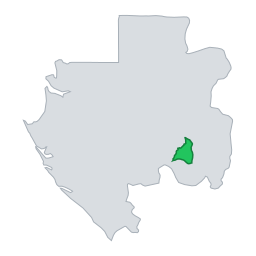 Lèbombi-Leyou, Haut-Ogooué, Gabon shown in context
{"feature_id": "22940354B21970441224980", "entity_name": "Lèbombi-Leyou", "entity_type": "district", "adm_level": 2, "iso_a3": "GAB", "parent_name": "Gabon", "parent_adm1": "Haut-Ogooué", "projection": "orthographic", "projection_center": [13.158, -1.435], "detail": "fine", "context": "in_parent", "style": "filled", "palette": "green", "viewbox_px": 256, "rotation_deg": 0, "n_neighbors": 0, "source": "geoboundaries", "source_scale": "gbopen_adm2", "svg_char_len": 4954}
<svg xmlns="http://www.w3.org/2000/svg" viewBox="0 0 256 256"><path d="M189.6,20.4L189.4,23.0L186.5,29.2L185.2,33.9L184.9,39.0L185.6,43.1L187.0,46.0L187.9,49.2L187.2,51.4L185.8,52.4L186.8,53.5L188.9,53.7L192.5,52.8L197.9,51.1L205.1,48.6L209.8,47.3L217.6,48.1L221.7,49.1L223.9,50.8L226.2,58.1L227.3,59.2L229.2,62.3L230.8,66.1L231.1,67.9L230.9,69.3L229.4,71.3L227.6,74.3L226.9,76.1L225.5,77.4L223.6,78.7L218.4,79.3L217.6,80.0L216.1,83.2L213.4,85.9L212.1,88.4L211.0,91.8L211.2,96.0L210.7,102.0L210.1,106.1L211.5,107.5L217.7,108.5L218.9,109.3L220.6,111.8L222.7,114.2L228.4,115.7L230.6,117.5L232.4,119.5L232.6,121.1L231.3,127.7L230.1,133.9L230.6,138.7L231.0,143.3L231.7,149.9L231.4,154.0L229.8,156.5L229.8,158.4L230.5,160.7L229.1,167.2L228.2,168.3L225.6,169.5L224.3,171.2L223.9,174.0L222.5,177.7L221.1,179.1L221.1,180.8L222.4,182.1L222.4,184.0L219.9,186.3L218.3,188.1L214.9,189.0L211.1,188.1L210.2,186.8L211.1,184.8L210.8,183.1L209.4,181.5L207.4,177.1L205.5,176.2L204.5,178.0L201.4,181.3L195.8,185.5L191.9,185.8L184.7,184.6L178.7,182.5L175.8,177.6L174.1,173.5L171.5,168.7L168.6,166.4L165.5,165.0L164.1,164.9L159.7,167.6L158.4,168.6L158.4,170.8L158.8,172.9L159.5,173.9L160.1,175.2L160.0,177.3L159.2,180.1L158.9,183.1L145.1,186.1L142.7,185.1L140.9,183.7L138.9,183.9L132.9,185.5L130.7,184.4L128.5,183.6L127.5,184.3L127.4,185.6L128.4,192.8L128.1,195.5L126.7,199.1L126.0,201.5L129.7,202.2L131.0,203.3L132.3,205.1L134.1,206.8L134.2,207.8L132.2,209.7L131.5,212.0L132.5,213.8L135.0,215.7L138.6,217.7L140.4,219.0L140.2,220.1L138.6,222.7L137.9,224.8L136.8,226.7L137.0,228.4L138.6,230.1L138.5,231.6L137.3,232.7L135.1,232.4L133.2,232.6L131.4,232.1L126.0,226.5L124.9,226.3L117.1,230.7L115.1,232.5L113.5,235.1L111.4,240.6L107.8,237.4L104.7,231.4L101.2,227.8L93.6,221.9L91.6,217.5L83.0,208.0L70.6,198.4L61.7,190.1L60.3,188.2L61.8,188.4L70.5,192.6L71.6,192.1L72.6,191.2L68.9,189.0L65.4,187.3L62.0,186.2L58.7,186.3L56.8,184.6L55.6,181.9L55.0,179.6L53.5,177.2L48.7,172.3L47.6,170.4L45.0,167.8L46.6,167.4L51.6,169.9L52.1,168.9L51.7,167.5L46.6,165.1L43.8,165.0L43.1,163.3L43.5,161.4L39.9,154.2L36.1,148.8L35.5,146.3L45.7,158.0L47.1,158.2L48.9,158.0L53.1,156.7L52.3,155.2L50.4,153.5L48.5,154.3L46.1,154.4L44.9,153.7L44.3,152.5L46.7,146.8L45.6,147.1L44.9,148.1L43.6,148.6L41.5,148.9L36.5,145.9L32.0,137.7L30.9,136.0L29.7,133.1L28.5,131.9L23.4,120.3L25.3,121.1L27.7,124.5L32.2,123.8L33.9,121.8L35.5,121.9L37.1,121.4L39.1,119.6L44.8,111.5L46.4,100.9L45.9,94.6L45.0,88.4L46.9,86.4L47.7,87.7L48.1,89.9L49.0,91.5L51.0,93.0L54.9,93.4L60.8,95.7L62.9,97.2L63.5,94.2L70.3,91.7L68.3,90.8L62.2,91.8L53.9,88.1L51.1,85.7L48.5,81.2L45.9,78.8L46.0,76.7L52.0,74.7L53.6,74.9L54.2,77.3L55.9,78.2L56.5,77.9L56.7,75.9L56.8,70.6L54.9,62.9L55.5,61.4L57.1,60.9L58.6,59.9L59.6,59.7L61.6,59.9L62.7,61.6L63.2,62.6L65.2,63.1L66.9,64.0L68.4,63.7L69.6,62.6L71.3,62.4L76.8,62.4L81.7,62.4L91.5,62.4L101.4,62.5L111.2,62.5L118.6,62.5L118.6,58.1L118.6,51.4L118.5,43.4L118.5,35.7L118.5,28.6L118.4,20.2L118.8,17.8L119.3,16.8L119.2,15.5L126.8,15.4L140.6,16.0L146.6,15.9L148.3,16.0L155.8,15.6L161.9,16.1L164.5,16.7L166.9,17.0L174.2,17.3L183.7,16.9L186.9,17.0L188.7,18.2L189.6,20.4Z" fill="#d9dde1" stroke="#a8b0b8" stroke-width="1"/><path d="M173.0,158.9L173.1,159.7L173.1,160.3L172.9,160.6L173.4,160.4L174.1,160.3L174.7,160.2L175.2,160.1L175.6,159.9L175.9,159.7L176.6,159.4L177.2,159.1L177.8,159.0L178.8,159.0L179.7,159.0L180.3,159.1L180.9,159.2L181.5,159.5L182.4,159.7L183.2,159.9L183.9,160.2L184.4,160.6L185.1,161.2L185.5,161.6L185.9,162.0L186.5,162.5L187.3,163.2L187.6,163.4L188.2,163.6L188.7,163.7L189.4,163.6L190.1,163.5L190.5,163.3L191.2,163.1L191.5,162.9L191.8,162.9L191.8,161.8L191.9,161.0L192.0,160.2L192.1,159.7L192.3,159.2L192.4,158.7L192.6,157.8L192.7,156.4L192.8,155.0L192.8,154.5L192.7,154.2L192.6,153.6L192.4,152.4L192.2,152.0L192.1,151.7L191.9,151.5L191.8,151.3L191.7,150.9L191.5,150.6L191.4,150.3L191.3,149.9L191.3,149.2L191.3,148.7L191.1,148.2L191.1,147.8L191.1,147.3L191.3,147.0L191.4,146.6L191.6,146.0L191.8,145.7L192.0,145.3L192.1,144.8L192.1,144.6L192.3,144.4L192.4,144.0L192.3,143.5L192.2,143.3L192.0,143.1L191.8,142.8L191.7,142.5L191.3,142.2L191.0,141.7L190.8,141.3L190.5,141.1L190.2,140.8L190.1,140.5L189.9,140.1L189.7,139.9L189.4,139.8L189.1,139.7L188.9,139.6L188.3,139.4L188.1,139.2L187.6,139.0L187.1,138.7L186.4,138.4L186.0,138.0L185.7,137.7L185.1,137.7L185.2,138.1L185.3,138.7L185.5,139.1L185.7,140.1L185.7,141.0L185.8,143.4L185.5,143.7L185.1,143.9L184.2,144.0L183.9,144.5L183.9,145.2L183.5,145.6L182.8,146.0L181.6,147.3L180.9,148.0L180.5,148.1L180.1,148.0L179.7,147.8L179.3,147.9L179.1,148.1L178.8,148.3L178.4,148.2L178.1,148.1L177.9,148.2L177.8,148.5L178.1,148.9L178.1,149.3L178.0,149.7L177.9,149.9L177.5,150.1L177.3,150.2L176.8,150.6L176.4,151.1L176.3,151.4L176.3,153.3L176.0,153.7L175.8,153.9L175.7,154.4L175.4,154.7L174.9,155.1L174.6,155.3L174.4,156.1L174.4,156.4L174.3,156.9L174.1,157.5L173.8,158.0L173.4,158.6L173.0,158.9Z" fill="#22c55e" stroke="#15803d" stroke-width="1.5"/></svg>